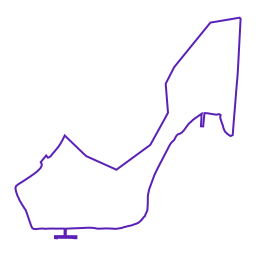 the district of Pointe Seraphine, Castries, Saint Lucia
{"feature_id": "8701671B40799965178228", "entity_name": "Pointe Seraphine", "entity_type": "district", "adm_level": 2, "iso_a3": "LCA", "parent_name": "Saint Lucia", "parent_adm1": "Castries", "projection": "equal_earth", "projection_center": [-60.994, 14.016], "detail": "fine", "context": "isolated", "style": "outline", "palette": "violet", "viewbox_px": 256, "rotation_deg": 0, "n_neighbors": 0, "source": "geoboundaries", "source_scale": "gbopen_adm2", "svg_char_len": 3033}
<svg xmlns="http://www.w3.org/2000/svg" viewBox="0 0 256 256"><path d="M230.5,136.0L231.3,135.7L232.7,135.1L233.6,123.3L234.4,113.8L235.3,102.7L236.4,88.8L237.7,73.6L238.4,60.7L240.6,18.8L240.1,18.2L239.6,17.7L210.4,22.6L174.2,67.1L165.7,83.7L168.0,112.7L165.1,118.1L150.3,144.9L116.4,169.7L86.4,156.2L83.3,153.4L64.7,135.5L64.5,136.0L63.5,138.0L62.4,140.2L61.3,142.2L60.5,143.7L59.6,144.9L58.8,146.2L58.3,146.9L57.5,147.9L56.6,149.0L55.5,150.3L54.4,151.7L53.1,153.1L51.9,154.6L51.0,155.8L49.9,156.8L49.0,157.3L48.0,157.7L46.7,156.2L46.2,155.5L44.9,157.1L43.3,159.0L41.7,161.0L40.7,162.2L41.1,162.9L41.8,164.1L41.5,166.2L40.5,168.1L39.4,169.2L38.3,170.3L37.2,171.4L36.1,172.3L34.5,173.5L33.3,174.4L32.0,175.3L31.0,176.0L29.9,176.8L28.3,177.8L27.0,178.7L25.0,180.0L23.5,181.0L21.6,182.2L20.5,182.9L19.3,183.6L18.5,184.1L18.1,184.4L16.8,185.5L16.1,186.0L15.4,188.0L15.6,189.0L15.8,190.0L15.9,190.9L16.3,192.2L17.1,194.7L17.5,195.8L18.5,197.8L19.2,199.4L19.6,200.5L21.1,202.8L22.0,204.5L22.6,205.3L23.5,206.8L24.4,208.3L25.0,209.1L25.5,209.7L26.0,210.9L26.5,212.2L26.8,213.2L27.3,214.4L27.8,216.0L28.3,217.4L28.7,218.8L29.2,220.2L29.8,221.9L30.3,223.3L30.6,224.3L31.3,226.1L31.9,227.3L32.4,228.2L33.6,228.9L34.6,229.0L35.6,229.1L36.9,229.0L38.4,228.8L40.8,228.6L42.2,228.5L44.1,228.7L45.7,228.8L48.3,228.6L50.3,228.6L52.5,228.5L54.2,228.6L56.2,228.7L58.4,228.6L61.5,228.6L63.6,228.6L64.7,228.8L64.6,230.2L64.6,232.2L64.6,233.8L64.5,236.1L61.8,236.1L58.6,236.1L55.0,236.1L55.0,238.1L56.1,238.2L56.8,238.3L56.9,237.7L58.6,237.7L61.2,237.8L65.4,237.8L68.7,237.8L71.2,237.9L72.1,237.9L74.5,238.2L76.4,238.2L76.4,236.2L73.9,236.2L71.1,236.2L70.2,236.2L65.8,236.1L65.8,228.7L71.5,228.4L77.4,228.2L82.3,228.0L88.3,227.7L91.3,227.8L94.3,228.0L96.4,228.5L97.5,228.7L101.7,228.6L106.1,228.4L111.5,228.6L115.1,228.8L115.8,228.9L117.6,228.6L120.1,228.2L121.4,228.1L122.9,227.5L124.4,227.0L125.6,226.8L127.6,226.2L129.1,225.9L131.3,225.5L134.1,224.4L136.4,223.7L137.2,223.2L138.2,222.9L140.0,221.5L141.6,219.9L143.0,218.1L144.2,216.6L144.8,216.3L145.6,214.2L146.8,211.6L147.3,210.5L147.4,209.8L147.5,207.7L147.6,206.3L147.8,203.2L147.8,197.4L147.9,195.9L148.3,193.3L149.2,189.2L153.1,178.6L153.6,177.3L154.4,175.0L156.1,171.5L156.6,170.4L160.4,163.0L162.7,158.6L163.2,157.6L165.0,154.2L169.7,145.1L170.1,144.4L171.0,143.1L172.2,141.8L174.3,139.8L174.7,139.0L175.5,137.3L176.2,136.2L176.8,135.4L177.4,134.8L177.9,134.3L180.4,133.5L180.8,133.1L181.6,132.7L182.8,131.5L183.7,130.6L188.6,123.9L189.3,123.2L190.9,121.9L192.6,120.2L193.0,119.8L195.8,117.8L201.2,114.0L201.7,113.7L201.4,116.5L201.4,118.6L201.3,120.1L201.1,123.4L200.9,126.3L203.2,126.4L203.8,119.7L204.1,117.1L204.4,113.1L205.0,113.1L207.8,113.3L208.9,113.5L212.3,114.1L216.7,114.7L217.4,114.5L218.3,114.3L219.0,114.1L219.5,114.3L220.6,115.0L220.4,115.6L220.4,116.6L220.2,117.8L220.8,119.6L221.4,121.5L222.0,123.4L222.6,124.8L223.7,128.8L224.9,131.4L226.6,133.2L227.3,133.7L227.8,134.3L228.6,134.8L229.1,135.2L229.6,135.4L230.5,136.0Z" fill="none" stroke="#5b21b6" stroke-width="2"/></svg>